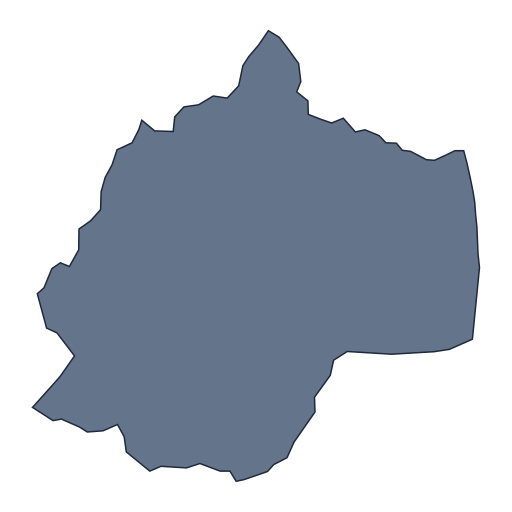 the district of Tupanci do Sul, Rio Grande do Sul, Brazil
{"feature_id": "56859067B31441809180577", "entity_name": "Tupanci do Sul", "entity_type": "district", "adm_level": 2, "iso_a3": "BRA", "parent_name": "Brazil", "parent_adm1": "Rio Grande do Sul", "projection": "natural_earth1", "projection_center": [-51.538, -27.925], "detail": "fine", "context": "isolated", "style": "filled", "palette": "slate", "viewbox_px": 512, "rotation_deg": 0, "n_neighbors": 0, "source": "geoboundaries", "source_scale": "gbopen_adm2", "svg_char_len": 1242}
<svg xmlns="http://www.w3.org/2000/svg" viewBox="0 0 512 512"><path d="M463.7,150.7L454.9,150.7L443.7,156.1L434.5,160.3L426.4,159.7L410.5,151.3L402.3,150.3L396.4,143.2L385.9,142.8L379.2,135.7L365.0,129.8L355.3,131.9L343.3,118.2L331.7,123.0L321.7,119.6L308.3,114.4L307.9,100.8L296.7,91.9L300.8,81.6L298.6,63.5L286.2,46.4L279.1,37.2L268.4,30.7L258.4,45.3L248.9,56.4L242.9,65.6L238.7,85.8L227.2,98.1L213.2,96.0L198.5,104.8L183.9,106.9L174.7,116.9L173.2,131.5L154.7,130.9L141.8,120.2L138.9,129.4L132.1,142.8L117.1,149.7L112.1,164.7L105.2,177.4L101.1,191.8L100.6,209.6L90.6,220.8L79.0,229.0L78.7,249.8L69.4,266.5L60.4,262.8L51.9,268.6L44.0,287.8L37.3,293.7L46.6,328.1L57.0,332.9L74.5,355.9L60.4,376.1L54.2,383.2L32.5,407.4L53.0,420.6L61.4,419.1L79.4,427.0L87.3,432.0L103.0,430.8L117.5,424.5L124.2,436.8L126.3,451.9L149.8,471.1L161.0,466.3L186.5,467.9L199.9,463.5L220.1,471.1L229.9,471.1L236.2,481.3L244.1,479.6L267.5,471.5L273.7,464.6L287.0,457.7L294.1,442.0L315.0,412.0L314.5,397.2L330.3,375.3L333.6,360.2L347.2,351.5L391.6,354.2L434.0,351.7L449.2,349.4L472.4,339.2L479.5,267.6L478.0,253.6L477.5,240.7L476.9,227.3L475.6,214.4L474.7,202.1L473.0,191.4L470.4,178.7L467.1,163.7L463.7,150.7Z" fill="#64748b" stroke="#1e293b" stroke-width="1.5"/></svg>